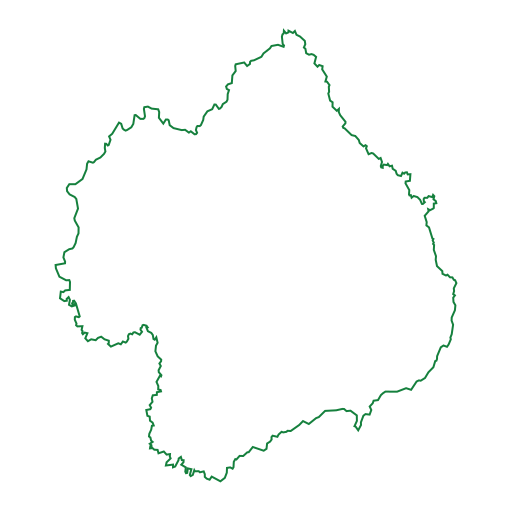 Niquelândia, Goiás, Brazil
{"feature_id": "56859067B74347687332903", "entity_name": "Niquelândia", "entity_type": "district", "adm_level": 2, "iso_a3": "BRA", "parent_name": "Brazil", "parent_adm1": "Goiás", "projection": "equal_earth", "projection_center": [-48.44, -14.478], "detail": "fine", "context": "isolated", "style": "outline", "palette": "green", "viewbox_px": 512, "rotation_deg": 0, "n_neighbors": 0, "source": "geoboundaries", "source_scale": "gbopen_adm2", "svg_char_len": 5996}
<svg xmlns="http://www.w3.org/2000/svg" viewBox="0 0 512 512"><path d="M453.1,324.7L451.6,320.6L451.7,317.5L454.9,310.3L455.4,305.3L453.5,302.0L453.2,297.7L454.9,295.4L453.2,294.1L454.1,291.1L453.8,288.3L456.4,283.1L455.1,280.2L453.8,279.8L452.4,277.4L450.0,277.3L447.5,274.7L446.0,275.5L442.5,273.8L442.3,271.1L437.0,266.1L435.7,259.8L436.0,256.2L433.8,249.9L434.1,245.0L433.1,243.9L433.8,242.7L432.7,240.5L433.4,239.0L432.4,238.5L429.0,227.4L426.4,225.4L426.7,222.1L424.7,215.8L428.6,211.3L428.2,209.2L430.0,210.2L433.0,208.7L433.8,208.0L433.8,203.6L436.3,203.2L435.8,201.1L433.5,199.3L434.3,196.2L433.1,194.9L432.3,197.1L428.6,196.1L427.3,197.8L424.5,197.8L423.7,199.0L423.8,201.2L424.8,202.2L422.8,204.0L421.9,203.9L420.1,199.8L417.4,197.1L413.7,196.0L411.6,197.7L410.8,195.1L409.5,195.4L409.0,194.4L409.3,190.1L405.5,183.3L405.7,181.5L409.9,180.8L410.4,174.2L407.7,174.4L406.9,172.3L405.2,172.5L404.1,173.7L402.5,172.7L401.0,176.0L397.8,175.2L396.6,173.8L395.7,170.8L392.7,168.8L392.0,165.7L389.6,166.3L387.9,163.9L387.1,165.1L383.8,164.6L382.7,165.9L382.7,167.8L381.2,167.4L380.8,166.0L382.0,162.0L380.6,158.0L378.8,158.9L373.2,153.5L371.6,153.0L368.6,154.2L366.0,148.3L366.8,146.2L365.5,145.2L363.5,146.4L359.7,143.0L358.8,140.0L355.3,136.0L351.6,135.1L344.6,128.3L343.3,127.9L342.7,126.5L345.4,123.3L345.5,121.8L340.2,115.2L338.8,112.1L338.9,108.9L336.8,110.8L332.5,106.7L332.6,102.3L330.1,100.6L328.3,93.5L329.1,91.8L328.8,86.8L329.5,85.1L327.0,81.7L325.4,81.5L326.8,76.6L322.2,69.4L322.6,66.2L319.2,65.0L317.5,66.7L314.4,63.4L316.1,56.9L313.6,54.8L311.5,54.1L309.0,54.7L306.2,53.2L305.4,48.8L303.9,47.5L305.3,44.2L304.8,40.9L300.0,36.5L296.5,34.8L294.9,31.0L292.9,33.0L288.5,30.7L288.4,32.4L286.1,33.4L283.9,30.7L283.7,33.4L282.5,34.4L281.9,36.7L282.7,44.0L284.0,45.5L283.6,46.8L278.0,44.8L271.5,46.0L269.9,48.4L263.5,53.4L261.4,56.8L254.0,60.3L251.1,60.8L250.1,61.8L249.9,64.0L247.1,66.0L244.2,62.5L235.7,64.3L235.2,66.0L235.7,71.0L232.4,75.4L231.8,83.1L228.0,84.3L226.1,86.5L226.8,88.9L229.0,90.1L227.7,94.1L227.5,99.7L226.5,101.7L222.8,104.1L221.6,106.9L220.0,108.5L218.9,108.9L215.8,104.6L214.4,104.5L212.2,109.2L207.4,111.3L203.7,116.6L203.2,120.0L200.9,125.1L199.7,126.1L197.4,126.0L196.6,127.1L195.9,130.0L197.1,132.8L196.1,134.1L194.6,134.3L190.8,131.3L188.9,132.6L185.1,129.8L181.7,130.1L173.5,128.1L169.7,125.2L168.7,120.3L167.7,119.5L165.9,119.5L163.3,123.6L158.9,117.8L159.2,112.1L158.2,109.3L151.6,108.6L147.9,106.6L144.3,107.2L143.9,108.9L145.0,116.3L144.4,118.0L143.4,118.9L140.4,118.9L135.7,115.0L134.6,115.2L133.3,123.9L131.3,127.3L127.1,130.0L125.6,130.6L123.8,129.6L122.6,128.4L121.2,123.8L119.0,122.6L112.2,133.8L109.1,136.4L110.5,139.8L108.7,145.0L107.8,145.5L106.2,143.8L105.1,143.7L104.8,148.0L105.4,151.5L104.0,153.9L100.4,157.5L95.9,159.7L93.9,162.2L92.9,162.7L88.5,161.3L87.1,163.7L86.5,169.4L82.5,179.0L75.4,184.2L69.3,184.2L66.8,188.0L67.1,191.2L69.6,194.4L74.7,197.0L76.3,199.0L78.0,208.6L74.3,218.2L74.8,220.6L78.6,227.4L78.5,233.4L76.9,236.8L75.6,243.1L73.6,247.2L72.4,248.5L69.2,249.2L64.4,252.2L63.4,257.4L65.1,261.6L65.0,263.3L55.6,265.0L55.9,268.3L59.4,276.7L66.2,280.3L69.3,280.1L70.0,282.0L69.8,289.9L65.2,290.4L63.4,292.1L60.8,291.6L60.0,298.3L64.3,301.1L66.8,300.7L66.7,298.9L68.6,297.1L69.9,299.8L69.0,304.8L71.8,306.4L74.6,305.5L74.2,304.2L72.6,304.8L72.1,303.3L73.0,302.3L73.1,300.9L74.1,300.7L75.9,303.4L79.7,316.4L78.8,317.2L76.0,316.4L74.9,317.1L74.8,319.7L76.5,323.6L76.1,325.2L77.4,326.4L82.4,326.2L81.6,329.9L82.6,331.2L82.1,333.0L82.9,334.2L84.7,332.6L87.4,333.2L85.3,338.3L87.9,341.2L91.2,339.3L95.7,340.2L98.0,337.9L101.2,336.7L104.5,339.3L108.8,340.7L108.8,343.0L108.0,343.9L110.9,346.6L118.3,343.3L120.8,344.3L122.9,341.5L125.7,342.6L126.9,341.5L128.4,338.8L128.0,336.1L128.9,334.2L130.4,333.6L132.2,334.3L133.4,332.5L134.9,332.2L139.7,334.7L142.0,331.8L140.5,329.7L140.7,328.1L141.7,327.7L142.6,325.2L143.6,324.9L146.5,325.7L147.6,327.3L146.4,327.5L147.9,331.2L151.3,332.9L152.8,335.0L153.5,339.0L154.7,339.7L156.3,337.3L157.6,342.8L156.0,345.6L155.4,351.3L157.7,356.4L161.2,359.6L161.1,361.2L159.4,363.5L160.8,366.0L158.6,370.2L158.8,372.2L161.4,375.2L161.0,376.4L159.9,375.8L156.5,381.9L158.3,386.0L158.2,389.4L160.6,390.0L161.0,391.4L156.9,392.2L156.8,394.9L152.8,395.3L151.8,398.3L152.5,401.8L149.7,405.1L151.1,407.7L150.3,409.2L146.3,410.0L147.4,415.8L149.7,416.6L150.0,420.7L152.6,422.6L153.7,425.5L151.9,425.8L151.2,429.7L149.3,433.8L149.0,436.5L150.4,437.5L151.1,440.6L152.6,441.9L149.8,443.8L151.4,445.1L151.6,446.9L150.3,446.5L150.0,448.4L152.5,448.1L154.3,449.7L157.6,449.9L158.5,453.3L163.8,451.5L166.6,454.6L170.0,454.1L169.8,456.5L170.6,458.4L166.6,462.3L165.9,465.5L173.0,464.6L173.0,467.3L175.2,466.5L178.5,460.2L178.7,458.5L180.9,456.9L181.8,460.1L183.6,460.2L183.5,462.2L181.3,464.7L185.8,467.4L185.3,471.7L186.0,473.2L187.2,472.9L187.8,468.4L191.4,469.2L189.8,475.0L190.7,476.1L192.8,474.9L194.3,470.2L194.9,471.3L198.7,471.2L199.9,472.3L203.7,471.4L204.8,474.2L204.8,476.9L206.8,478.7L209.6,479.7L211.7,476.6L220.4,481.3L224.8,477.9L226.8,472.7L227.0,467.9L230.2,467.4L232.6,468.7L233.5,467.2L233.8,461.8L235.3,459.1L236.4,459.5L239.6,455.9L243.2,456.0L247.3,452.3L248.7,452.2L252.8,447.0L263.7,450.7L266.5,448.8L267.1,443.5L270.1,441.6L271.6,439.5L271.5,437.1L272.6,435.7L277.4,436.8L278.6,434.5L281.6,431.8L283.2,432.4L286.5,431.8L287.5,430.8L290.7,431.0L299.2,425.0L303.0,421.1L308.8,424.0L316.1,418.1L318.8,417.1L325.1,410.9L336.2,410.3L342.5,408.9L344.1,409.0L346.5,411.1L350.5,410.7L356.8,415.4L356.9,420.9L354.5,426.2L355.6,426.6L358.2,430.3L361.0,425.0L360.9,422.4L363.4,415.7L365.5,414.1L369.6,414.6L371.3,410.0L369.7,406.5L372.7,403.3L373.6,400.7L378.0,400.1L380.9,395.1L383.0,393.2L385.4,391.6L397.0,391.7L406.1,388.2L411.1,389.8L416.6,381.5L418.9,380.4L420.7,380.7L425.0,378.0L428.4,372.3L433.4,367.2L435.2,361.1L436.4,360.7L437.0,359.0L437.1,356.2L440.8,347.3L443.5,345.5L447.0,346.8L448.6,344.5L450.8,339.3L450.4,337.5L451.7,334.3L453.1,324.7Z" fill="none" stroke="#15803d" stroke-width="2"/></svg>